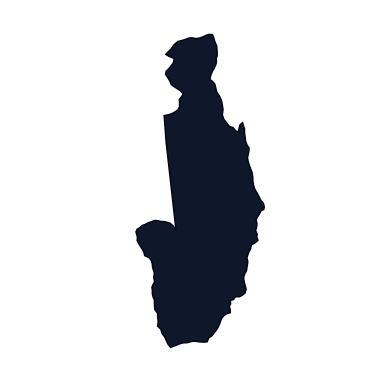 Bento de Abreu, São Paulo, Brazil, rotated 325°
{"feature_id": "56859067B44589944496039", "entity_name": "Bento de Abreu", "entity_type": "district", "adm_level": 2, "iso_a3": "BRA", "parent_name": "Brazil", "parent_adm1": "São Paulo", "projection": "robinson", "projection_center": [-50.853, -21.315], "detail": "fine", "context": "isolated", "style": "filled", "palette": "ink", "viewbox_px": 384, "rotation_deg": 325, "n_neighbors": 0, "source": "geoboundaries", "source_scale": "gbopen_adm2", "svg_char_len": 2409}
<svg xmlns="http://www.w3.org/2000/svg" viewBox="0 0 384 384"><g transform="rotate(325 192 192)"><path d="M298.9,74.7L296.2,72.6L293.5,71.8L290.6,71.3L287.8,70.7L283.4,68.8L280.3,65.6L277.9,64.2L272.9,62.9L269.6,61.7L266.7,60.6L264.1,60.9L261.3,61.2L257.2,62.8L249.5,64.2L250.9,67.5L254.1,72.6L250.4,75.7L247.0,76.8L244.0,77.6L240.1,78.3L237.8,80.5L237.8,85.1L237.5,88.8L236.6,92.0L238.0,95.9L239.3,99.2L240.5,102.1L241.2,106.7L237.5,108.1L234.7,108.9L232.8,112.1L230.5,115.1L227.8,116.5L225.2,116.7L222.1,116.5L218.4,115.7L213.0,113.5L199.1,136.9L160.0,208.6L156.6,214.3L157.1,208.9L156.1,205.0L152.7,200.7L149.6,198.3L147.2,195.5L144.6,193.7L142.1,193.2L138.5,192.1L134.9,191.7L132.0,190.8L128.7,191.3L125.7,191.1L123.2,192.6L121.3,197.9L119.3,200.2L118.7,204.4L118.5,209.2L118.2,213.3L116.8,217.0L119.3,221.5L119.3,224.9L118.4,227.8L116.4,231.4L114.7,236.8L111.7,240.0L109.7,244.2L106.8,245.6L104.5,247.1L103.1,249.9L101.0,252.8L99.9,255.8L99.4,258.6L97.5,261.4L95.9,263.9L94.2,266.8L94.2,271.6L91.8,275.4L89.8,279.1L86.9,282.1L87.8,286.5L86.3,290.7L86.5,295.2L85.7,299.4L85.1,302.7L85.3,306.9L89.0,307.9L91.9,308.6L95.3,309.4L98.4,310.6L101.7,312.7L106.5,314.4L109.4,316.4L112.7,319.5L116.1,322.1L118.5,323.4L122.0,321.1L125.4,321.2L130.6,319.7L134.6,318.4L139.0,315.9L141.9,313.7L144.5,312.2L147.2,311.6L150.7,311.6L154.1,312.8L155.9,310.2L156.8,307.2L159.4,305.8L161.2,302.8L164.3,303.9L167.6,302.7L170.8,305.0L173.8,305.4L177.4,305.2L180.6,302.6L182.9,296.3L184.4,292.9L186.5,290.5L188.8,289.0L191.3,287.9L195.3,283.7L197.8,281.0L199.2,277.4L203.4,274.2L207.2,272.2L210.3,269.5L214.5,269.8L218.4,269.4L219.0,266.2L221.1,264.1L222.0,260.0L224.3,258.3L227.0,255.3L228.6,251.5L231.3,249.9L234.7,248.7L237.9,246.9L240.6,247.5L242.6,245.8L244.1,241.9L243.6,238.2L244.5,232.5L244.8,228.8L245.1,225.4L246.3,221.7L248.2,217.8L250.2,214.8L252.3,210.8L253.2,207.0L254.4,202.7L255.7,198.8L257.1,195.7L259.8,193.3L262.3,190.8L264.1,188.4L264.0,185.4L264.9,181.3L267.2,177.1L269.0,173.6L271.2,170.4L273.1,164.2L269.8,164.5L266.0,167.8L264.1,169.6L262.8,166.7L262.6,162.8L260.3,159.9L259.8,150.6L261.0,146.3L264.8,142.1L267.9,135.7L269.0,132.5L269.5,128.7L269.6,124.3L271.0,120.7L272.6,116.7L272.2,113.4L271.3,110.1L274.1,107.3L278.1,104.7L280.9,103.5L284.3,101.5L286.8,99.2L288.4,96.4L290.6,95.0L292.6,92.2L296.0,86.6L297.1,81.3L298.5,77.6L298.9,74.7Z" fill="#0f172a" stroke="#020617" stroke-width="1.5"/></g></svg>